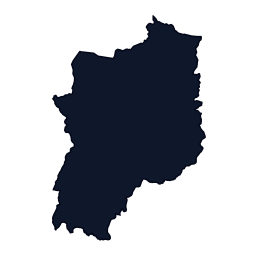 outline of Turiscai, Manufahi, East Timor, rotated 179°
{"feature_id": "22284137B60481947224566", "entity_name": "Turiscai", "entity_type": "district", "adm_level": 2, "iso_a3": "TLS", "parent_name": "East Timor", "parent_adm1": "Manufahi", "projection": "natural_earth1", "projection_center": [125.752, -8.827], "detail": "fine", "context": "isolated", "style": "filled", "palette": "ink", "viewbox_px": 256, "rotation_deg": 179, "n_neighbors": 0, "source": "geoboundaries", "source_scale": "gbopen_adm2", "svg_char_len": 5770}
<svg xmlns="http://www.w3.org/2000/svg" viewBox="0 0 256 256"><g transform="rotate(179 128 128)"><path d="M202.6,158.5L202.0,157.9L201.0,156.3L200.5,155.2L200.6,153.8L198.8,150.9L197.4,149.8L196.4,149.6L196.1,148.8L196.0,147.5L195.0,145.2L193.8,144.1L193.0,142.9L189.7,140.6L189.0,139.8L188.9,139.2L189.4,138.2L189.6,137.3L190.2,137.3L190.6,136.8L191.1,135.3L191.0,134.7L190.5,133.5L190.0,133.6L189.6,133.3L189.2,132.9L189.2,132.2L189.8,130.7L190.7,129.8L191.3,126.8L190.6,125.3L190.1,124.8L188.0,124.8L186.6,124.0L186.2,123.5L184.9,120.0L184.7,116.6L183.7,114.9L182.2,113.6L181.9,112.5L182.1,110.2L182.6,109.7L183.3,109.6L185.1,108.7L185.7,108.0L186.1,104.7L188.7,103.6L189.4,103.1L190.9,100.6L191.0,98.8L190.8,97.0L191.9,94.9L192.2,93.1L193.0,91.5L193.9,90.5L194.5,89.4L196.0,86.0L197.1,84.8L197.4,83.8L198.7,81.6L198.8,81.2L198.4,79.5L199.1,78.9L199.3,77.5L200.5,76.3L201.4,74.9L201.2,73.3L202.4,70.6L203.5,68.5L203.6,67.6L202.8,67.7L201.4,67.1L199.0,66.7L197.1,66.7L196.7,66.4L197.7,64.3L198.1,63.2L198.0,61.9L198.8,59.5L198.4,56.1L197.6,54.2L197.6,52.9L197.8,52.4L199.0,52.4L200.1,51.9L200.4,51.4L200.3,49.1L203.9,42.0L204.6,40.2L204.8,38.6L204.6,36.5L204.8,35.6L204.9,34.6L204.3,34.0L203.8,32.5L202.7,31.4L202.9,30.8L202.6,29.7L202.6,28.0L202.0,27.5L201.4,28.6L199.3,30.0L197.9,31.9L196.4,34.6L195.8,34.9L194.3,35.1L193.4,35.0L191.9,34.3L190.8,33.2L190.6,32.6L190.9,31.7L190.5,28.7L190.3,28.3L189.7,27.9L189.2,26.9L188.8,26.6L187.5,24.3L185.1,24.7L185.1,26.7L184.8,27.7L184.0,28.8L182.2,29.6L180.3,29.9L179.3,29.6L176.9,29.3L174.4,28.3L174.0,26.0L173.5,26.0L173.4,25.6L173.7,25.0L173.3,24.9L173.1,24.3L172.5,24.6L172.2,24.5L172.1,23.7L171.5,23.2L171.4,22.7L171.1,22.3L170.8,22.5L170.2,21.8L169.8,22.0L169.6,21.3L169.2,21.1L167.8,22.7L166.6,22.5L166.4,23.2L166.0,23.5L165.7,23.5L165.4,23.2L165.3,22.4L164.6,22.2L164.4,21.3L164.0,21.1L163.5,21.3L162.9,20.7L161.6,20.4L161.6,20.1L161.3,19.8L161.5,19.4L161.3,19.1L160.2,18.3L159.9,17.6L159.3,17.7L158.0,16.8L157.3,16.8L156.2,17.5L154.9,16.7L152.7,17.3L149.9,16.7L148.9,16.9L148.3,17.1L147.8,17.8L147.7,19.5L148.3,21.0L150.4,23.9L150.5,26.5L150.1,28.7L149.5,30.1L149.1,30.6L148.0,33.8L146.9,36.2L146.2,37.2L143.6,37.7L142.9,38.1L142.2,38.8L141.9,39.6L141.8,41.1L142.1,42.5L139.5,41.6L138.7,41.7L137.6,41.2L137.7,43.4L136.9,44.8L136.1,45.9L135.7,47.1L135.3,47.2L134.7,46.9L134.2,45.4L133.7,44.7L133.0,44.6L131.4,45.2L131.2,46.1L131.4,47.7L131.6,48.5L131.6,50.8L130.3,55.9L130.4,56.8L131.1,57.8L131.0,58.2L130.5,58.8L128.5,59.1L125.8,60.7L125.0,62.2L124.8,63.5L123.9,65.3L122.7,67.0L122.0,68.5L121.5,69.0L120.5,69.2L118.6,69.1L117.4,69.5L116.9,70.1L115.5,74.2L113.8,76.8L113.1,77.0L110.3,76.1L107.5,73.7L104.9,73.2L101.7,73.4L100.6,73.2L99.2,72.7L98.5,72.2L98.1,71.6L96.7,71.6L94.9,72.7L94.3,72.2L94.0,72.6L93.9,73.3L93.4,73.8L92.9,73.9L92.7,74.2L92.6,75.4L91.8,75.5L88.8,75.0L87.8,75.2L87.0,74.8L84.9,75.5L84.0,75.4L83.4,75.6L82.6,76.3L81.9,76.3L81.1,78.0L80.0,78.4L79.4,79.2L78.2,79.9L76.9,80.4L75.2,83.3L74.7,85.5L73.9,86.2L73.0,86.3L72.5,86.6L71.9,87.8L71.0,88.8L70.0,89.3L67.7,89.2L65.5,90.7L62.4,91.1L60.9,92.1L60.6,92.5L60.5,93.2L60.4,97.3L56.1,102.6L55.3,103.0L53.9,105.5L53.5,106.3L53.6,106.9L54.2,107.7L55.6,108.7L56.4,110.7L56.3,111.2L54.2,115.4L51.4,117.0L51.1,117.4L51.1,118.0L51.2,118.6L52.6,122.9L53.5,123.5L55.6,126.4L56.1,128.1L56.8,129.4L56.7,130.5L55.9,130.5L55.3,130.9L54.9,131.6L54.6,135.1L55.3,137.3L55.5,138.8L54.6,141.3L56.6,141.9L57.0,143.1L58.2,144.2L59.9,144.5L60.3,144.8L60.6,145.4L60.2,146.2L57.7,147.0L57.0,148.3L54.1,149.5L54.0,150.2L54.2,150.6L54.1,151.2L53.7,151.5L53.8,152.4L55.7,152.9L56.9,153.6L57.5,153.5L58.9,154.1L59.9,153.6L61.1,153.4L61.5,153.8L61.8,155.8L61.2,156.6L60.1,157.4L58.8,157.6L57.9,158.6L57.1,158.9L56.9,159.6L57.4,160.9L57.2,162.8L57.0,163.5L56.3,164.2L56.4,164.8L57.3,165.7L57.3,166.4L56.0,167.8L56.0,168.6L56.6,169.7L56.3,170.5L55.4,171.7L55.2,172.1L56.0,173.5L56.7,173.7L57.1,174.3L55.2,178.0L55.2,178.5L55.7,180.9L56.3,181.0L56.9,180.4L58.4,180.1L61.0,180.4L62.1,181.0L61.4,183.8L58.1,188.2L58.2,189.5L57.8,190.1L57.8,191.3L57.6,192.1L57.6,193.2L57.1,194.3L57.3,195.4L58.0,196.6L58.3,197.7L59.2,198.8L59.3,199.3L58.9,201.1L58.2,202.1L58.2,202.7L58.9,205.3L58.9,206.5L56.6,209.3L56.3,210.3L56.4,210.8L55.8,211.9L55.7,212.9L55.3,213.2L55.1,214.0L53.9,214.7L53.6,215.1L53.2,216.9L53.4,218.1L57.5,218.2L62.9,218.8L69.9,220.7L71.3,220.5L76.2,222.0L78.3,224.1L79.7,224.8L80.2,226.9L80.8,227.7L81.0,228.9L82.6,230.4L83.1,230.6L85.6,229.9L86.0,230.0L86.9,230.9L88.0,231.4L89.4,230.8L89.8,230.8L90.8,231.5L93.9,232.7L94.5,233.5L96.1,233.6L97.2,234.6L97.7,235.3L98.3,236.8L99.1,237.4L99.6,238.2L100.8,239.3L100.9,238.7L100.9,235.8L100.8,235.4L99.7,234.1L99.8,232.4L100.3,231.6L100.8,231.3L101.6,231.3L102.4,231.4L103.8,232.1L105.0,232.0L106.3,230.9L107.4,229.5L107.7,228.9L107.7,228.2L107.0,227.2L106.3,225.3L105.1,224.4L104.6,223.5L106.2,221.9L106.3,221.1L105.5,220.2L105.4,218.9L105.6,218.4L106.0,217.8L106.9,217.2L108.1,214.9L108.5,214.9L109.4,215.3L109.9,215.3L110.1,214.8L110.2,213.8L111.4,212.4L111.8,212.1L113.8,212.4L115.3,211.7L120.8,209.6L121.3,209.2L123.6,206.5L124.1,206.3L125.5,206.5L126.4,206.3L127.3,206.8L128.6,206.7L131.4,205.3L132.0,205.2L134.7,206.3L137.1,206.8L138.8,205.6L139.2,204.6L140.0,200.3L140.8,198.7L141.8,197.7L156.7,200.3L161.0,203.3L172.4,204.8L173.1,204.7L174.3,205.2L174.9,205.2L181.4,196.4L183.2,192.7L181.8,187.7L181.6,186.6L182.0,183.5L181.9,182.8L180.6,179.8L180.5,177.8L180.6,176.3L181.6,172.3L182.6,170.4L183.2,168.6L182.2,167.1L182.8,164.0L183.2,163.2L183.6,162.6L183.9,162.5L186.2,163.2L187.8,162.0L189.8,162.1L190.5,161.8L191.1,160.9L192.1,160.8L192.5,160.5L194.2,160.4L197.3,159.3L198.5,160.0L199.4,161.6L199.9,161.8L201.3,161.2L201.5,160.0L201.7,159.5L202.6,158.5Z" fill="#0f172a" stroke="#020617" stroke-width="1.5"/></g></svg>